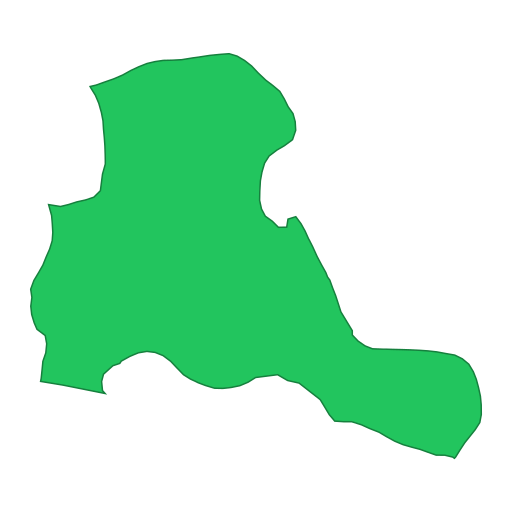 Kuhlan Ash Sharaf, Hajjah, Yemen (Mercator projection)
{"feature_id": "15242507B97358908792545", "entity_name": "Kuhlan Ash Sharaf", "entity_type": "district", "adm_level": 2, "iso_a3": "YEM", "parent_name": "Yemen", "parent_adm1": "Hajjah", "projection": "mercator", "projection_center": [43.483, 16.025], "detail": "fine", "context": "isolated", "style": "filled", "palette": "green", "viewbox_px": 512, "rotation_deg": 0, "n_neighbors": 0, "source": "geoboundaries", "source_scale": "gbopen_adm2", "svg_char_len": 2450}
<svg xmlns="http://www.w3.org/2000/svg" viewBox="0 0 512 512"><path d="M90.1,86.5L91.0,88.2L95.4,95.3L98.8,103.3L100.4,109.0L101.4,112.5L103.0,120.8L103.5,129.1L104.3,137.5L104.9,145.8L105.2,154.7L105.3,160.6L105.3,164.1L102.5,174.1L100.4,190.7L93.8,197.2L85.4,200.0L76.8,201.9L68.7,204.5L67.1,204.9L60.5,206.5L48.6,204.6L51.6,215.5L52.1,221.2L52.3,223.8L52.8,232.5L52.2,240.8L49.6,249.2L46.2,256.9L42.9,265.1L40.1,270.0L38.8,272.3L34.0,280.3L33.7,281.0L30.7,289.2L31.9,297.5L30.8,306.2L31.7,314.5L34.2,322.8L37.0,329.3L45.2,335.5L46.7,343.8L45.8,352.9L42.9,361.3L42.1,369.6L41.2,378.3L40.6,381.4L63.0,385.1L91.1,390.7L105.1,393.5L102.5,390.6L101.6,381.5L103.5,374.2L112.9,365.7L119.8,363.4L121.3,361.1L129.8,356.4L134.0,354.6L138.4,352.8L146.9,351.4L151.8,352.0L155.1,352.4L163.1,355.6L170.7,361.3L177.2,368.2L178.3,369.3L183.5,374.7L190.5,379.1L195.1,381.2L198.1,382.7L205.5,385.5L206.5,385.8L214.5,388.2L222.8,388.4L229.3,387.7L231.5,387.4L234.9,386.7L239.8,385.7L248.1,382.2L255.6,377.5L277.6,374.7L287.6,380.5L299.1,383.1L320.2,399.6L325.0,407.5L329.3,414.7L332.9,418.9L334.7,421.1L343.6,421.7L351.7,421.7L361.5,424.8L366.3,427.0L370.1,428.7L379.0,432.2L383.4,434.8L386.6,436.7L394.8,441.2L403.2,444.7L411.9,447.2L419.9,449.3L427.9,452.2L436.1,455.1L444.8,455.2L452.8,457.1L454.4,458.3L455.5,457.2L460.0,450.0L464.8,442.7L469.9,436.3L475.1,429.8L477.5,426.1L479.8,422.5L481.3,414.5L481.2,404.9L480.4,396.2L478.5,387.5L476.3,379.3L473.3,371.7L468.8,364.2L462.3,358.8L454.8,355.1L451.4,354.5L446.7,353.7L436.9,351.9L428.0,350.9L419.3,350.3L410.6,349.9L401.4,349.6L392.2,349.4L385.8,349.2L382.8,349.2L372.5,348.8L366.3,346.4L364.9,345.8L358.1,341.1L352.3,335.0L352.3,330.7L340.9,311.9L338.4,304.1L335.7,295.8L332.6,287.9L329.8,280.1L327.6,277.1L325.8,272.5L321.6,265.0L317.1,256.5L312.7,246.8L309.4,240.3L308.5,238.7L305.1,231.1L301.0,223.7L295.8,216.7L288.0,219.1L286.7,227.2L278.4,227.3L272.3,221.2L265.3,216.2L261.5,209.0L259.6,200.3L259.8,190.9L260.4,180.7L261.9,172.4L262.3,170.9L264.6,163.1L269.1,156.0L277.0,150.0L284.4,145.7L292.5,139.7L295.7,130.3L295.2,121.7L293.0,113.6L288.1,106.7L284.3,99.0L279.8,91.4L272.8,85.5L265.8,80.2L258.1,72.9L251.6,66.0L244.6,60.5L237.1,56.1L229.1,53.7L219.9,54.4L209.8,55.4L203.9,56.3L201.3,56.7L198.8,57.1L192.8,57.9L181.7,59.7L172.3,60.2L163.3,60.4L155.0,61.6L147.0,63.5L138.7,66.8L131.0,70.4L122.7,75.0L113.4,79.0L105.6,81.7L96.1,85.1L90.1,86.5Z" fill="#22c55e" stroke="#15803d" stroke-width="1.5"/></svg>